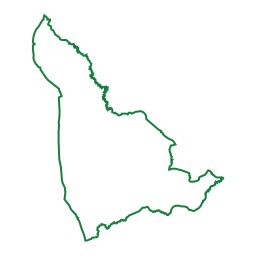 Ban Phue, Udon Thani, Thailand
{"feature_id": "78962969B51412577639732", "entity_name": "Ban Phue", "entity_type": "district", "adm_level": 2, "iso_a3": "THA", "parent_name": "Thailand", "parent_adm1": "Udon Thani", "projection": "mercator", "projection_center": [102.531, 17.723], "detail": "fine", "context": "isolated", "style": "outline", "palette": "green", "viewbox_px": 256, "rotation_deg": 0, "n_neighbors": 0, "source": "geoboundaries", "source_scale": "gbopen_adm2", "svg_char_len": 5741}
<svg xmlns="http://www.w3.org/2000/svg" viewBox="0 0 256 256"><path d="M74.3,45.1L73.7,44.0L71.1,44.3L70.2,43.8L69.8,43.0L68.9,43.5L68.4,41.8L66.1,40.0L62.9,40.1L60.9,39.7L59.8,38.8L59.3,37.2L55.3,34.6L53.2,30.4L51.8,29.8L51.1,29.0L51.2,27.3L50.8,26.1L49.9,25.8L48.2,24.5L48.6,22.7L50.0,20.6L50.0,19.6L47.5,19.6L47.8,18.7L47.0,18.1L46.5,17.1L44.3,15.4L43.7,17.3L43.6,19.3L42.4,20.3L38.2,27.2L36.2,29.1L34.4,33.5L33.4,37.1L32.9,42.1L33.0,42.6L34.7,44.0L32.9,45.3L32.9,49.6L33.7,55.0L33.4,58.0L34.1,60.6L35.5,63.4L38.5,67.1L40.2,67.5L40.6,69.7L45.5,77.1L48.1,80.2L59.0,88.8L59.3,90.7L60.2,91.8L60.6,93.6L61.5,95.4L61.6,96.1L59.1,97.3L58.8,98.1L59.6,111.2L59.4,117.4L58.7,122.0L59.0,125.9L58.6,131.2L58.6,142.0L59.3,159.3L61.0,167.7L61.9,179.9L62.6,182.8L64.9,187.9L65.4,192.4L64.5,199.4L69.3,205.5L71.1,209.6L76.2,215.0L76.5,216.6L77.3,217.2L77.4,218.2L78.1,218.2L77.8,219.3L79.0,220.6L79.8,222.7L81.3,227.9L84.3,235.6L85.4,240.6L87.6,240.4L89.6,239.3L91.3,239.0L92.2,237.7L96.1,237.3L97.5,236.8L98.0,233.6L97.6,233.5L98.6,231.5L98.4,230.7L97.3,230.0L97.6,227.4L98.5,227.4L99.5,225.5L101.4,225.3L101.5,224.1L105.4,225.2L105.6,226.3L105.4,226.8L106.9,227.9L106.9,228.6L107.6,228.7L108.2,227.8L108.8,227.8L108.8,226.2L109.9,226.2L111.1,224.1L112.6,223.8L113.1,222.9L114.1,222.1L114.9,223.2L116.8,223.3L117.1,222.3L118.8,221.9L119.7,221.1L120.4,221.3L121.3,219.7L122.6,219.8L123.0,220.5L123.7,220.8L124.3,220.3L125.0,220.5L125.1,220.2L125.7,220.2L126.0,218.5L126.6,218.0L126.7,217.3L127.8,216.9L128.9,215.6L139.2,211.2L142.6,207.7L144.7,207.7L146.7,206.9L147.8,207.1L148.5,207.7L149.6,209.9L150.5,210.2L150.8,210.8L152.0,211.1L152.9,212.0L153.5,211.5L154.8,211.8L154.8,211.3L155.2,211.0L155.9,211.0L156.6,210.6L157.2,210.9L158.4,210.2L159.0,210.4L159.0,210.8L159.8,210.8L160.4,211.7L161.4,211.8L161.5,212.3L161.9,212.0L163.0,212.3L163.2,212.8L163.9,212.9L164.3,213.6L165.0,213.7L165.3,213.2L166.4,213.8L166.8,214.9L167.5,215.1L168.2,215.0L169.4,213.4L170.3,213.2L170.8,212.1L171.3,209.7L172.3,207.9L173.6,206.6L175.3,205.9L178.3,205.6L181.2,206.3L185.1,206.6L187.2,207.3L189.1,209.8L191.3,210.2L193.2,211.0L194.2,210.8L198.4,208.4L200.7,206.0L202.0,203.0L203.0,201.9L203.0,200.7L204.2,200.3L205.5,198.6L205.9,196.4L205.6,195.9L205.8,193.9L205.3,193.8L205.4,193.2L206.6,191.7L207.4,191.6L207.2,191.4L207.8,190.6L208.1,190.6L207.9,190.3L209.5,189.6L209.4,189.1L210.1,189.1L210.1,187.5L210.5,186.8L211.5,186.0L212.2,186.3L214.6,184.8L215.1,184.8L215.4,184.0L215.1,183.9L215.1,183.0L215.4,182.3L216.2,182.4L216.3,182.0L216.6,182.2L216.5,181.9L217.0,182.1L217.3,181.8L217.7,182.1L218.2,181.4L219.1,181.1L219.6,181.9L220.3,181.1L220.0,181.2L219.9,180.8L220.7,180.5L221.2,180.8L221.6,179.8L221.3,179.4L221.0,179.6L221.1,179.1L221.6,179.1L222.0,178.5L223.1,178.5L222.9,177.7L221.7,177.4L217.2,177.5L215.3,176.8L213.4,174.8L213.0,174.9L212.0,174.0L212.0,173.5L211.4,173.4L211.5,172.5L210.6,171.9L209.9,170.8L208.2,170.4L205.3,174.6L199.6,177.1L199.1,177.8L199.0,179.4L197.6,180.7L194.9,181.5L190.7,181.7L189.6,181.2L189.3,179.6L190.3,177.6L189.6,176.9L189.9,176.0L189.2,175.2L189.3,173.2L182.6,170.6L176.1,168.9L172.9,168.6L169.1,169.7L169.0,169.2L169.6,168.3L169.5,166.8L171.5,164.7L171.6,163.6L171.4,163.0L171.8,162.8L171.3,161.9L171.9,161.2L171.5,160.5L171.9,160.2L171.6,159.7L171.9,159.5L171.5,159.4L171.3,158.2L171.9,156.8L170.6,155.3L170.8,153.5L170.2,152.9L169.4,149.9L170.8,145.5L173.5,145.2L175.4,144.4L173.5,141.4L172.5,140.4L168.6,138.7L164.5,135.8L163.1,134.3L162.5,132.9L161.0,132.2L161.3,131.1L158.8,129.8L147.0,119.7L146.1,118.6L146.3,116.9L145.4,114.4L143.8,112.6L142.1,111.6L140.4,111.2L135.9,111.8L131.7,113.6L129.8,112.5L128.8,112.9L127.8,114.4L127.1,113.7L121.8,113.7L121.3,114.7L118.7,115.5L117.7,114.8L117.5,114.2L115.7,113.4L115.3,112.8L114.6,113.2L112.1,112.0L112.3,111.4L112.1,109.1L110.9,107.9L109.9,108.1L109.9,108.8L109.3,108.7L109.0,109.5L108.5,109.3L108.0,109.8L107.9,109.3L107.7,109.6L107.1,109.3L107.0,108.8L107.4,108.6L106.7,108.3L106.6,107.0L107.0,106.7L106.0,106.1L106.1,105.0L107.0,104.5L106.6,104.0L106.9,103.2L107.4,103.7L107.6,102.8L108.3,102.6L107.1,102.5L107.3,101.9L106.6,101.8L106.9,102.1L106.5,102.4L106.4,102.0L105.8,101.8L106.0,101.5L104.9,101.0L105.0,100.6L104.4,100.0L105.1,99.8L104.7,98.5L103.9,98.1L103.5,98.7L103.8,99.1L103.2,99.2L102.8,97.7L103.3,97.7L103.6,97.1L104.0,97.5L103.8,97.2L104.5,96.3L103.4,96.2L103.9,95.5L103.5,94.9L104.1,94.5L104.6,94.7L104.6,93.9L105.0,93.2L103.9,92.3L104.9,91.6L104.9,91.0L105.3,91.5L106.3,91.6L106.3,91.1L105.6,90.9L106.6,90.3L106.2,89.7L107.0,89.7L107.1,89.2L106.5,88.8L107.2,88.7L107.5,89.0L107.7,87.3L107.2,87.2L106.6,87.6L106.3,86.7L105.7,87.0L105.2,86.8L104.7,87.3L104.6,86.9L104.1,86.8L102.4,87.7L102.0,87.0L101.7,87.3L101.3,86.8L101.2,87.3L100.8,86.6L100.5,86.8L100.5,86.2L100.1,86.1L100.6,85.6L100.3,85.7L100.3,85.3L99.2,84.9L98.6,85.1L98.8,84.6L98.2,84.7L97.6,83.2L96.4,83.4L96.5,82.7L96.0,82.7L96.2,82.3L95.3,82.1L94.9,81.4L95.6,80.5L95.3,79.3L94.9,79.2L95.3,78.8L94.3,79.1L93.6,78.6L93.8,78.1L92.9,78.0L92.9,78.3L92.2,77.7L91.9,78.0L91.4,77.8L91.3,77.0L90.8,76.5L91.4,76.5L91.1,75.8L91.7,76.0L92.1,75.8L91.5,75.2L92.2,75.2L91.7,74.7L92.7,74.1L92.0,73.9L92.6,72.9L91.9,72.3L92.2,72.0L91.5,71.4L91.6,70.1L89.6,69.1L90.7,68.2L89.8,67.6L89.7,66.9L90.6,66.4L91.4,63.9L89.7,61.9L89.6,60.9L88.2,59.9L87.9,58.5L87.4,58.3L87.2,57.7L87.4,56.6L86.6,55.9L86.1,56.0L86.3,54.9L84.8,55.6L83.5,55.7L82.7,55.1L82.5,54.0L80.8,53.6L80.4,52.7L79.7,52.7L79.4,52.2L78.5,52.5L78.6,51.6L78.2,51.7L77.8,51.2L77.4,51.5L77.1,50.9L77.4,49.7L78.3,49.6L78.2,48.9L77.7,48.3L78.0,47.9L77.4,47.5L77.2,46.9L76.0,47.2L76.2,46.6L75.8,46.3L75.2,46.7L75.4,47.5L74.8,47.1L74.4,47.4L74.1,46.7L74.5,46.6L74.5,46.2L74.1,46.2L73.8,45.4L74.3,45.1Z" fill="none" stroke="#15803d" stroke-width="2"/></svg>